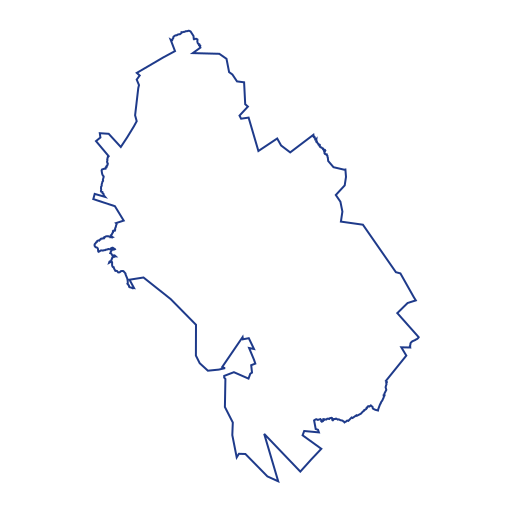 San Bernardo, Durango, Mexico (Albers equal-area conic projection)
{"feature_id": "50627088B70789765036822", "entity_name": "San Bernardo", "entity_type": "district", "adm_level": 2, "iso_a3": "MEX", "parent_name": "Mexico", "parent_adm1": "Durango", "projection": "albers", "projection_center": [-105.703, 26.184], "detail": "fine", "context": "isolated", "style": "outline", "palette": "blue", "viewbox_px": 512, "rotation_deg": 0, "n_neighbors": 0, "source": "geoboundaries", "source_scale": "gbopen_adm2", "svg_char_len": 5953}
<svg xmlns="http://www.w3.org/2000/svg" viewBox="0 0 512 512"><path d="M415.8,300.4L413.7,297.0L400.4,273.4L395.9,272.2L362.9,224.7L340.9,221.6L342.4,211.6L340.4,201.7L335.8,195.0L344.7,185.4L346.0,176.9L345.4,169.5L344.2,169.7L333.5,167.2L328.2,161.0L327.8,157.4L327.5,157.0L327.4,155.7L326.5,154.9L326.7,154.4L324.9,153.9L324.4,153.0L324.4,152.7L325.0,151.2L324.3,151.3L324.1,151.2L324.1,150.8L324.2,150.5L324.6,150.3L324.7,149.9L323.5,149.8L323.3,149.6L323.6,149.3L323.1,148.5L322.6,148.5L321.4,147.4L320.8,147.4L319.9,146.7L319.5,145.9L319.9,145.3L319.9,145.0L319.6,144.7L319.1,145.0L318.6,144.8L318.2,144.0L318.2,143.7L316.6,142.0L316.9,141.8L316.9,141.6L316.3,141.6L316.2,141.1L316.4,139.0L316.1,139.3L315.2,139.4L315.2,138.6L314.8,137.8L314.6,137.0L314.5,136.9L314.3,137.2L314.0,137.3L313.5,136.7L313.6,136.2L313.4,134.8L290.2,152.4L281.1,145.5L277.2,138.5L258.4,151.0L248.6,117.6L241.1,118.7L239.5,115.6L247.9,106.6L245.2,104.2L244.1,82.3L237.0,81.4L232.4,74.5L229.1,72.1L226.5,58.8L219.3,53.8L192.8,53.1L200.4,47.6L200.0,46.7L200.3,45.7L199.7,45.0L199.1,45.1L199.2,44.2L198.2,43.8L197.7,43.0L197.3,41.4L197.5,39.7L197.4,39.4L196.3,38.8L195.0,38.9L194.0,39.3L193.8,39.1L193.5,36.0L190.6,31.5L189.9,31.1L188.8,30.7L187.1,31.2L185.8,31.2L184.4,31.9L183.6,31.9L182.4,32.3L181.6,32.2L181.6,32.6L181.3,33.1L180.0,34.2L178.2,34.4L177.3,34.8L177.2,35.0L176.7,35.3L175.8,35.3L175.0,35.6L173.6,36.6L173.3,37.2L173.3,38.0L172.5,39.2L172.2,40.2L171.6,40.2L170.6,39.6L175.0,51.1L163.3,57.4L136.8,72.9L139.7,75.5L136.7,79.6L139.0,85.1L138.3,87.9L135.1,115.3L136.7,121.2L133.8,126.5L127.2,137.3L120.8,147.0L108.7,133.8L99.8,133.2L100.4,137.5L96.0,141.1L108.7,156.2L108.4,156.6L107.9,156.7L107.8,157.5L107.4,158.2L107.5,159.1L107.2,159.6L107.4,160.5L107.0,161.9L107.8,163.5L107.5,164.0L107.7,164.5L107.6,164.9L106.9,165.7L107.0,166.0L106.8,166.2L106.4,166.4L106.5,167.4L106.3,167.5L105.9,167.2L105.6,167.5L105.5,168.7L104.0,168.8L102.0,169.5L101.6,170.5L102.0,173.1L102.4,174.6L103.0,175.7L103.6,176.3L103.7,176.8L102.9,179.6L102.9,180.2L103.1,180.8L102.9,181.2L102.4,181.7L102.2,182.7L101.7,184.3L101.7,185.8L101.1,186.7L101.0,188.6L101.2,189.6L100.9,191.0L101.2,191.7L102.4,192.0L102.6,193.3L103.4,193.7L103.9,195.5L105.1,196.9L94.7,193.9L93.3,199.1L114.9,206.2L123.7,220.6L116.0,223.1L116.4,223.5L116.6,224.3L116.1,225.3L115.8,227.0L115.5,227.4L115.0,229.1L115.2,229.7L114.9,230.7L114.5,230.8L114.1,230.6L113.4,230.6L112.9,231.1L113.0,231.9L113.0,232.4L112.3,233.2L111.8,234.4L111.4,235.0L111.0,235.2L111.3,236.2L112.2,236.9L112.0,237.1L112.5,237.3L112.1,237.5L111.4,237.1L110.4,237.2L110.4,236.9L109.2,236.4L108.3,236.4L108.1,236.2L106.3,236.3L105.7,236.5L105.0,237.0L104.3,237.1L103.9,237.9L104.1,238.2L103.9,238.4L103.3,238.1L102.7,238.5L102.2,238.5L101.8,238.7L101.3,238.6L100.6,239.0L100.4,239.6L100.1,239.7L99.4,240.2L99.2,240.6L98.6,240.4L97.3,240.9L97.0,241.8L96.7,242.0L95.9,242.5L95.6,243.3L94.8,244.0L94.5,245.0L94.7,246.0L95.6,247.2L96.8,247.5L97.5,248.0L98.0,249.1L98.2,251.3L98.4,251.6L98.6,251.4L99.3,251.5L100.7,250.5L101.9,250.4L102.8,250.6L104.1,250.2L105.3,250.1L106.0,249.6L106.9,249.6L108.3,249.0L108.5,249.0L108.8,249.2L110.3,249.3L110.7,248.5L112.3,247.7L112.9,247.8L114.3,248.8L114.7,248.9L114.9,249.2L113.9,249.6L113.4,249.4L113.1,249.6L112.5,249.4L112.3,249.5L110.9,251.5L110.3,253.1L110.8,253.2L111.2,253.5L112.0,254.9L113.0,255.8L113.5,255.7L113.9,255.3L114.3,255.3L114.7,255.5L115.7,256.4L114.5,256.4L114.3,256.8L113.4,256.9L112.3,257.4L112.2,258.3L111.9,258.6L111.8,259.1L111.5,259.6L111.3,260.6L110.7,261.2L109.8,261.4L109.5,261.6L109.1,262.8L111.1,261.7L111.6,261.6L111.9,261.9L112.1,262.3L112.1,265.2L112.5,266.6L113.0,267.1L113.6,267.1L114.2,268.8L115.4,270.9L116.2,270.8L117.0,271.0L118.2,272.4L119.2,272.4L119.8,272.2L121.0,271.1L123.0,271.0L123.5,271.2L124.8,272.7L125.5,273.5L125.5,274.3L127.3,278.6L127.7,280.9L127.8,283.5L127.6,283.7L127.8,283.8L127.8,284.1L128.1,284.7L128.9,285.4L129.1,286.8L130.1,287.4L131.1,287.5L132.7,288.3L133.3,288.2L133.5,287.9L134.0,288.0L129.5,279.7L143.5,277.5L170.7,299.1L196.0,324.8L195.9,355.6L199.7,363.2L207.9,370.7L218.8,369.6L224.3,368.3L224.3,367.9L222.2,367.0L242.6,337.1L242.9,339.3L248.8,338.2L254.0,349.0L249.1,348.0L254.1,360.0L255.3,363.6L251.2,365.2L252.0,372.6L250.3,373.7L248.5,378.6L233.9,372.2L224.2,375.9L224.2,377.6L225.4,379.0L224.9,407.0L232.8,422.5L232.3,435.1L236.7,457.4L238.9,453.8L245.4,454.0L267.4,476.4L278.2,481.3L264.2,433.9L300.3,471.6L311.1,459.6L321.3,448.8L302.6,435.3L304.2,431.0L318.9,432.4L318.0,429.8L315.7,429.0L314.1,420.4L314.8,419.9L316.2,419.2L316.9,419.4L317.4,419.8L317.9,419.9L320.4,419.1L321.1,419.9L321.3,420.3L321.2,421.2L321.8,421.7L323.0,421.1L323.2,420.8L323.0,420.2L323.7,420.1L323.5,419.1L323.8,419.1L324.3,419.4L324.7,419.3L325.5,419.5L326.4,419.5L327.1,418.8L328.1,418.6L328.7,418.9L329.2,419.0L329.9,418.2L331.6,417.8L332.0,418.0L332.3,418.5L332.2,419.8L332.7,420.3L332.9,420.3L334.0,419.0L335.3,419.0L335.6,418.7L336.1,418.6L337.8,419.6L338.1,419.4L338.9,419.4L340.4,420.2L342.5,420.6L343.4,421.4L343.8,421.5L344.5,422.4L344.9,422.1L346.1,421.5L347.1,420.6L347.5,420.6L348.3,420.9L351.6,417.5L352.5,418.0L356.4,415.3L356.8,415.8L360.9,413.7L362.9,411.5L363.8,411.0L364.3,410.0L364.7,410.0L365.6,409.3L366.0,409.2L366.9,408.1L366.7,407.6L367.8,406.8L367.9,406.4L368.2,406.2L368.8,406.2L369.2,406.5L369.5,406.5L370.8,405.4L372.6,407.0L372.8,408.4L373.2,408.8L375.3,409.8L378.0,410.5L378.3,409.0L380.1,404.2L380.7,403.5L380.7,403.1L381.2,402.0L382.3,400.5L382.8,399.3L383.5,397.9L384.0,396.3L383.8,396.2L383.6,395.2L384.1,394.9L384.5,395.0L384.4,393.6L386.3,389.9L385.6,387.2L386.1,385.3L386.4,384.6L386.5,384.1L386.2,382.8L386.8,382.4L386.8,381.8L385.9,380.9L406.3,355.6L401.3,347.3L410.2,347.5L409.9,346.3L410.2,346.1L410.1,345.4L410.4,344.5L410.4,343.7L410.8,342.7L412.3,341.3L415.3,340.0L415.5,339.7L416.9,339.1L418.1,338.1L418.7,337.2L397.3,313.1L407.6,303.0L415.8,300.4Z" fill="none" stroke="#1e3a8a" stroke-width="2"/></svg>